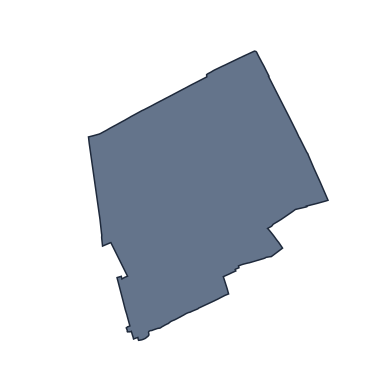 Seaca De Camp, Dolj, Romania, rotated 325°
{"feature_id": "2599482B71679844083727", "entity_name": "Seaca De Camp", "entity_type": "district", "adm_level": 2, "iso_a3": "ROU", "parent_name": "Romania", "parent_adm1": "Dolj", "projection": "natural_earth1", "projection_center": [23.204, 43.942], "detail": "fine", "context": "isolated", "style": "filled", "palette": "slate", "viewbox_px": 384, "rotation_deg": 325, "n_neighbors": 0, "source": "geoboundaries", "source_scale": "gbopen_adm2", "svg_char_len": 3070}
<svg xmlns="http://www.w3.org/2000/svg" viewBox="0 0 384 384"><g transform="rotate(325 192 192)"><path d="M198.9,96.9L198.3,96.7L193.0,96.1L188.6,95.6L185.2,95.2L183.5,95.1L180.4,94.8L177.8,94.6L176.4,94.4L164.9,93.1L161.4,92.7L156.5,92.3L154.3,92.0L150.6,91.6L149.7,91.4L149.4,91.4L149.2,91.3L143.5,89.3L139.0,87.6L138.8,87.5L135.6,93.4L101.1,161.3L94.1,174.1L93.5,175.4L91.8,177.6L87.7,185.0L95.7,186.7L96.5,186.9L90.9,224.0L87.8,223.3L84.7,223.0L85.7,220.5L85.0,220.3L81.5,219.1L81.3,219.5L80.3,222.3L77.5,229.8L73.5,240.5L71.3,246.3L70.8,247.6L69.8,250.3L68.2,255.3L67.5,257.1L64.3,266.1L62.9,265.8L62.3,265.6L62.0,265.5L61.7,265.5L60.2,265.6L59.7,268.0L59.3,268.6L58.9,269.2L58.9,269.5L59.1,269.8L59.3,269.9L59.6,270.0L60.1,270.3L60.3,270.4L60.7,270.8L61.1,271.0L61.5,271.2L62.3,271.3L61.8,273.1L61.1,275.1L60.6,276.9L60.1,278.1L59.8,278.9L61.5,279.3L63.6,279.9L64.2,280.1L63.7,281.2L63.2,282.5L63.2,282.9L65.2,283.9L66.1,284.3L66.5,284.4L67.9,284.8L68.6,284.9L69.1,285.0L69.5,285.1L69.9,285.1L70.5,285.1L70.8,285.1L71.6,285.0L72.7,285.0L73.2,284.9L73.8,284.8L74.4,284.5L74.7,284.4L74.9,284.1L75.3,283.4L75.7,282.4L76.0,281.9L76.7,281.5L77.4,281.5L78.0,281.6L78.4,281.7L78.8,281.9L79.1,282.1L79.6,282.4L80.0,282.5L80.5,282.6L81.7,282.9L82.4,283.1L85.5,284.0L86.3,284.4L86.8,284.6L87.2,284.9L87.6,285.0L88.1,285.2L88.5,285.2L88.9,285.2L90.4,285.2L91.9,285.4L93.4,285.5L95.4,285.8L96.2,285.9L96.7,286.1L97.3,286.1L98.0,286.1L98.5,286.0L99.3,286.0L99.9,285.9L100.8,286.0L102.0,286.2L102.9,286.4L103.4,286.5L104.0,286.7L106.8,287.1L114.4,288.0L117.2,288.2L118.9,288.5L120.5,288.9L121.2,289.3L124.1,289.8L129.9,291.1L130.6,290.9L152.0,294.6L154.6,294.9L159.7,295.6L163.5,296.5L165.4,291.2L169.1,279.3L170.1,279.5L175.3,280.5L178.4,281.0L182.6,281.8L182.9,280.2L183.4,280.2L186.1,280.8L187.0,281.0L187.7,279.2L189.3,279.6L190.5,279.9L192.5,280.5L196.7,282.1L198.5,282.9L199.7,283.3L200.6,283.6L213.2,287.8L214.2,288.0L214.7,288.0L215.0,288.0L215.3,288.1L215.8,288.3L216.6,288.7L218.3,289.5L219.9,290.4L223.5,290.3L234.0,289.9L234.1,283.0L233.9,280.5L233.8,274.4L233.4,268.5L233.3,267.2L233.0,265.2L237.4,265.7L238.1,265.6L238.7,265.4L239.3,265.2L239.7,265.0L240.5,265.0L249.2,265.6L263.7,265.7L266.6,265.6L267.7,266.0L277.1,269.8L277.7,269.9L277.7,269.2L287.9,273.1L297.0,276.3L298.7,276.8L302.8,256.8L305.5,242.3L306.8,236.1L308.4,228.5L308.8,227.2L308.8,225.3L311.1,209.8L311.1,208.6L312.2,202.5L314.5,187.1L318.7,157.1L320.6,143.8L321.0,141.2L321.5,141.2L322.4,134.9L323.1,130.4L323.7,124.8L323.9,123.6L324.2,120.8L324.7,117.1L325.1,114.8L325.1,114.2L325.0,113.8L324.9,113.4L324.5,113.0L324.0,112.4L322.4,112.1L315.2,110.8L308.4,109.6L303.4,108.8L296.1,107.6L294.9,107.4L292.3,107.0L289.1,106.4L287.3,106.1L284.8,105.7L283.0,105.4L281.2,105.1L279.0,104.8L276.8,104.7L275.2,104.5L274.3,104.4L273.6,104.3L273.0,104.2L272.2,104.2L271.7,104.2L271.4,104.2L271.1,104.4L271.0,104.7L270.7,105.2L270.7,105.4L270.6,105.5L270.4,105.8L270.1,106.2L253.4,103.9L235.0,101.6L225.0,100.3L214.3,98.9L206.1,97.9L198.9,96.9Z" fill="#64748b" stroke="#1e293b" stroke-width="1.5"/></g></svg>